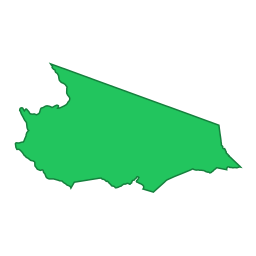 Mâncio Lima, Acre, Brazil (Mercator projection)
{"feature_id": "56859067B52831070472146", "entity_name": "Mâncio Lima", "entity_type": "district", "adm_level": 2, "iso_a3": "BRA", "parent_name": "Brazil", "parent_adm1": "Acre", "projection": "mercator", "projection_center": [-73.421, -7.452], "detail": "fine", "context": "isolated", "style": "filled", "palette": "green", "viewbox_px": 256, "rotation_deg": 0, "n_neighbors": 0, "source": "geoboundaries", "source_scale": "gbopen_adm2", "svg_char_len": 3983}
<svg xmlns="http://www.w3.org/2000/svg" viewBox="0 0 256 256"><path d="M218.9,125.2L200.5,118.5L195.9,116.8L190.2,114.7L169.4,107.1L166.2,106.0L145.6,98.5L94.3,79.8L64.6,68.9L62.5,68.2L50.6,63.9L51.5,65.3L52.5,66.4L52.1,67.6L53.7,69.4L54.3,69.6L55.1,70.2L55.2,71.2L55.6,72.2L57.3,73.5L58.5,75.6L59.0,78.8L59.3,80.1L59.7,80.7L60.6,81.7L61.3,82.4L63.6,83.4L65.1,84.4L67.1,87.1L66.8,88.3L66.8,89.5L66.7,91.3L66.7,93.1L67.6,95.0L68.9,96.6L69.5,97.5L69.8,98.5L69.6,100.0L68.9,101.2L67.9,102.2L67.4,103.4L66.2,104.7L64.2,105.9L60.8,107.5L59.3,108.1L57.7,108.2L58.4,107.0L58.4,105.7L57.3,105.2L56.6,105.2L54.8,106.0L53.4,106.8L52.0,107.5L51.2,107.0L49.5,106.3L47.7,105.9L46.6,105.9L45.4,106.2L43.0,107.6L41.2,108.1L40.6,109.0L39.7,112.2L39.2,113.2L38.4,113.9L37.9,114.1L36.6,114.8L34.1,113.9L32.9,114.2L30.5,113.9L29.7,113.3L28.8,111.6L26.5,109.1L25.7,109.1L24.3,110.9L22.6,108.0L21.3,107.8L20.4,108.2L19.9,109.0L19.7,110.6L20.5,111.4L20.8,112.6L21.3,113.9L23.1,117.1L24.5,119.9L26.5,122.6L27.1,127.8L27.7,129.5L28.2,130.2L28.6,130.4L26.8,132.7L26.2,134.5L26.1,135.8L24.5,139.5L24.2,140.6L23.2,142.0L21.2,142.3L19.4,142.9L18.4,143.0L16.1,142.8L15.4,143.7L15.6,145.1L15.9,147.3L16.9,149.4L18.7,149.3L19.5,149.6L21.4,151.4L22.8,153.1L24.3,155.5L25.3,156.1L26.2,157.3L28.0,158.2L30.1,159.9L30.7,160.4L33.1,160.9L34.4,161.7L34.8,162.3L34.9,165.3L35.1,166.2L36.2,167.5L37.3,169.2L40.3,170.4L40.8,170.4L41.7,169.9L42.5,169.9L43.1,170.4L43.6,172.4L44.9,173.9L46.1,177.0L46.9,177.9L48.2,178.6L49.2,178.9L53.5,178.9L58.5,180.3L59.3,180.7L62.0,181.0L63.6,182.6L65.5,183.7L67.1,185.1L68.6,185.6L70.3,186.5L70.9,188.1L74.3,182.2L94.9,178.9L96.9,178.6L99.1,178.2L101.2,178.1L101.9,178.9L102.9,179.3L103.6,179.3L104.3,179.6L104.7,179.9L105.6,180.6L106.2,181.3L106.9,181.4L107.4,181.2L107.9,181.7L108.5,182.1L108.8,182.6L109.2,183.2L109.9,183.7L110.3,184.2L111.0,184.8L111.3,185.5L111.8,185.9L112.4,186.0L113.6,186.2L114.3,186.5L115.0,187.2L115.4,187.8L116.1,187.8L116.8,187.6L117.4,187.5L118.2,187.2L118.7,187.0L119.2,186.7L119.9,186.4L120.8,186.2L121.4,185.9L121.7,185.4L122.4,185.1L122.8,184.7L123.7,184.1L125.2,184.1L126.0,183.9L126.5,183.6L127.2,183.3L128.0,183.4L129.0,183.8L129.5,184.2L130.1,184.2L130.4,183.6L130.9,183.3L131.6,182.9L131.7,182.3L132.0,181.6L132.3,180.8L133.1,180.2L134.0,180.2L134.7,179.5L135.2,178.7L135.8,178.4L136.3,177.9L136.6,177.1L137.4,176.6L138.4,177.0L138.9,177.4L138.5,178.0L138.3,178.7L137.8,179.5L137.2,180.1L136.7,180.7L136.4,181.3L136.6,181.9L137.1,182.2L137.8,182.4L138.3,182.6L139.1,183.2L139.8,183.5L140.5,183.6L141.0,184.0L141.8,184.4L142.5,184.9L142.8,185.2L143.3,185.6L143.6,186.3L143.6,187.1L143.7,187.8L143.4,188.5L143.0,189.0L153.4,192.1L154.7,190.9L160.5,185.7L164.4,182.2L165.8,180.8L166.2,180.5L166.7,180.1L167.6,179.6L174.7,176.4L181.7,173.6L190.0,170.2L191.7,169.4L192.8,168.9L193.4,169.2L194.2,169.6L195.1,169.8L196.1,170.1L197.0,170.0L197.6,170.0L198.5,169.9L199.4,170.2L200.1,170.2L201.2,170.2L201.9,170.3L202.5,170.4L203.3,170.5L204.1,170.6L204.8,171.0L205.4,171.4L206.3,171.8L206.9,171.9L207.4,172.1L207.9,172.1L208.6,172.1L209.3,172.5L209.8,172.9L210.7,172.7L211.4,172.3L211.8,171.8L212.8,171.2L213.4,170.6L214.0,169.9L214.7,169.4L215.3,169.0L215.9,168.5L216.3,168.0L216.8,167.7L226.7,169.7L226.6,169.0L226.9,168.3L227.1,167.6L227.9,166.9L228.5,166.8L229.1,166.9L229.5,167.4L230.0,167.4L230.6,167.5L231.4,167.5L232.1,167.6L232.8,167.8L233.6,167.7L234.5,167.6L235.4,167.6L236.0,167.7L236.9,167.8L238.1,167.4L239.4,167.0L240.1,167.0L240.6,167.1L239.8,166.2L239.3,165.8L233.3,160.1L230.2,157.1L229.3,156.5L228.8,156.1L229.0,155.6L228.4,155.3L228.0,154.6L227.4,154.0L227.0,153.7L226.5,153.3L226.1,152.7L226.3,152.2L225.9,151.2L225.4,150.6L225.4,150.0L224.9,149.4L224.6,148.6L223.6,148.7L222.8,148.1L222.7,147.3L222.7,146.5L222.2,145.9L221.5,145.4L221.4,144.7L221.4,143.9L221.3,143.2L221.1,142.0L221.0,141.3L221.0,140.7L220.9,140.0L220.7,138.4L220.5,136.9L220.0,133.7L219.5,129.9L218.9,125.2Z" fill="#22c55e" stroke="#15803d" stroke-width="1.5"/></svg>